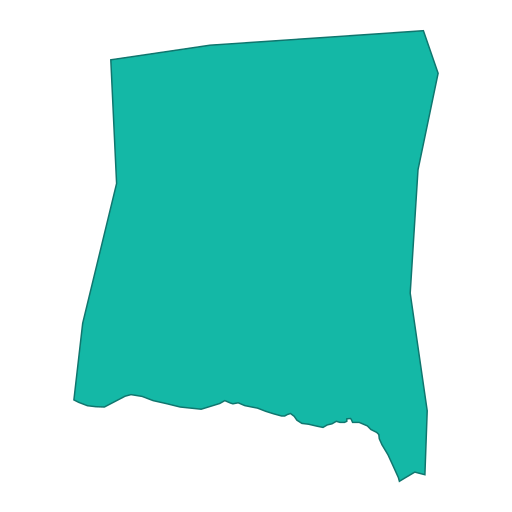 Boma, Bas-Congo, Democratic Republic of the Congo (Equal Earth projection)
{"feature_id": "63176286B538038850114", "entity_name": "Boma", "entity_type": "district", "adm_level": 2, "iso_a3": "COD", "parent_name": "Democratic Republic of the Congo", "parent_adm1": "Bas-Congo", "projection": "equal_earth", "projection_center": [13.06, -5.819], "detail": "fine", "context": "isolated", "style": "filled", "palette": "teal", "viewbox_px": 512, "rotation_deg": 0, "n_neighbors": 0, "source": "geoboundaries", "source_scale": "gbopen_adm2", "svg_char_len": 915}
<svg xmlns="http://www.w3.org/2000/svg" viewBox="0 0 512 512"><path d="M399.4,481.3L404.5,478.2L414.8,472.1L424.9,474.7L427.2,410.8L410.2,293.1L418.0,169.8L438.1,73.3L423.4,30.7L210.0,45.2L110.8,59.8L116.6,183.5L82.7,323.2L73.9,399.9L78.6,402.3L87.4,405.7L95.8,406.7L104.4,407.0L125.1,396.2L131.0,394.6L142.1,396.4L153.1,400.6L167.2,403.8L180.1,407.0L201.2,409.2L219.7,403.5L224.8,400.6L230.6,403.1L232.9,403.8L238.2,402.8L244.8,405.6L251.7,407.0L257.5,408.1L265.7,411.3L273.6,413.8L281.6,416.0L284.7,416.0L287.4,414.5L290.5,413.5L294.2,416.3L296.9,420.2L301.9,423.4L308.5,424.2L317.5,426.3L323.0,427.4L327.3,424.9L332.0,423.8L336.3,421.3L340.0,422.4L344.5,422.4L346.8,421.3L346.8,418.8L350.5,418.5L351.3,419.5L352.6,422.4L359.2,422.4L367.4,425.9L370.9,429.5L376.7,432.4L378.8,434.5L379.3,438.8L382.0,444.8L388.0,454.8L393.1,465.9L398.4,477.6L399.4,481.3Z" fill="#14b8a6" stroke="#0f766e" stroke-width="1.5"/></svg>